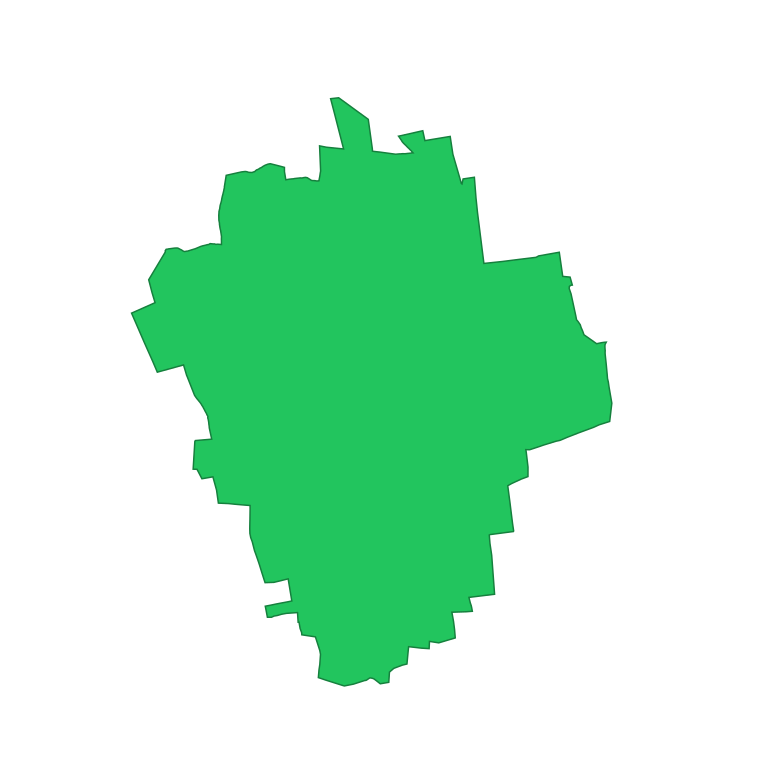 outline of Cenotillo, Yucatán, Mexico, rotated 165°
{"feature_id": "50627088B43968623050569", "entity_name": "Cenotillo", "entity_type": "district", "adm_level": 2, "iso_a3": "MEX", "parent_name": "Mexico", "parent_adm1": "Yucatán", "projection": "albers", "projection_center": [-88.565, 21.031], "detail": "fine", "context": "isolated", "style": "filled", "palette": "green", "viewbox_px": 768, "rotation_deg": 165, "n_neighbors": 0, "source": "geoboundaries", "source_scale": "gbopen_adm2", "svg_char_len": 4716}
<svg xmlns="http://www.w3.org/2000/svg" viewBox="0 0 768 768"><g transform="rotate(165 384 384)"><path d="M361.7,673.4L361.8,659.3L362.2,621.5L378.3,627.6L384.6,630.7L390.1,606.1L391.0,604.2L392.2,601.4L394.3,597.1L396.4,597.5L398.1,598.3L401.0,599.2L401.9,600.0L402.6,600.8L404.7,603.1L406.3,603.9L407.8,604.1L410.0,604.2L411.0,604.6L412.0,604.8L417.1,605.6L418.7,605.7L419.6,605.9L422.1,606.3L424.0,606.5L426.0,606.7L425.9,607.8L425.5,611.6L425.2,614.8L424.9,615.9L424.7,616.8L424.1,619.0L426.8,620.6L430.5,622.7L433.0,624.1L436.8,626.2L437.8,626.3L439.2,626.4L442.2,626.1L444.6,625.5L445.9,625.0L446.9,624.7L447.7,624.7L449.0,624.2L450.8,623.8L451.6,623.8L453.0,623.2L453.9,622.6L455.7,622.6L456.5,622.4L459.1,623.2L460.5,623.8L461.4,624.5L463.0,625.2L465.0,625.5L467.2,625.8L468.4,625.8L470.0,625.9L482.4,626.4L487.2,615.7L487.5,614.5L488.0,613.9L488.6,612.5L489.8,610.3L490.6,608.8L490.9,608.3L491.4,607.5L492.6,605.2L493.5,603.2L494.5,601.4L495.1,600.5L496.1,598.8L496.7,597.4L497.3,595.9L498.1,594.5L498.8,593.2L499.1,592.1L500.0,589.5L500.3,588.2L501.1,584.9L501.3,582.0L501.6,580.8L502.0,577.4L502.1,575.9L502.1,574.5L502.8,568.4L503.5,566.2L504.0,564.1L504.9,560.8L508.5,562.1L510.4,562.4L511.0,562.9L511.8,563.3L512.5,563.4L513.3,563.7L515.6,564.6L517.2,564.1L518.5,564.3L521.1,564.3L523.4,564.4L525.6,564.3L526.9,564.1L528.4,563.9L531.4,563.5L534.7,563.4L539.4,563.2L540.3,563.4L541.8,563.5L542.5,563.6L543.3,564.1L545.1,566.1L546.2,567.0L546.8,567.6L547.9,568.6L548.9,569.0L551.2,569.5L554.3,569.9L557.3,570.3L558.3,570.3L559.5,570.5L560.8,569.4L561.0,568.4L561.4,567.8L584.3,545.6L584.4,532.3L584.1,521.8L609.5,517.8L604.7,485.6L601.5,465.4L599.9,454.1L572.7,454.3L572.4,443.2L572.2,442.2L569.9,422.0L569.1,419.8L568.5,418.2L567.9,417.0L567.4,415.8L566.6,414.1L565.9,412.3L565.5,410.8L564.8,408.6L564.5,407.1L564.2,406.0L563.8,404.0L563.3,402.2L563.1,401.1L563.0,400.0L562.7,399.2L562.5,398.1L563.0,397.0L563.0,395.0L563.1,393.9L563.2,392.7L563.4,391.4L563.6,390.2L563.8,388.4L564.0,387.6L564.1,386.7L564.2,386.0L564.2,385.4L564.3,383.3L564.7,375.3L580.9,378.2L581.6,377.4L590.4,351.1L586.7,350.0L584.6,340.5L584.4,339.6L573.3,338.6L573.2,324.9L574.8,311.8L565.0,308.7L559.0,306.4L551.3,303.6L544.8,301.3L545.8,297.5L546.2,296.1L547.7,290.8L548.6,287.6L549.0,286.3L551.1,279.0L551.9,275.6L552.2,274.4L552.5,270.1L552.1,265.8L552.1,265.2L552.2,256.4L551.9,253.2L551.3,244.8L551.1,241.5L551.1,241.4L550.9,235.9L550.8,233.3L550.5,226.7L550.3,222.9L541.7,220.9L534.1,220.7L532.8,220.7L527.0,220.6L529.2,198.3L533.1,198.5L539.6,199.0L545.1,199.4L550.7,199.7L556.2,200.1L556.4,196.8L557.0,188.9L553.1,187.8L550.2,188.3L547.1,188.0L542.4,188.1L537.5,187.7L526.7,185.6L528.6,176.1L527.7,175.9L528.0,173.0L528.3,169.5L527.9,165.2L528.3,163.0L515.7,157.5L515.0,143.1L515.3,139.3L518.6,129.7L520.7,124.9L523.4,117.4L516.5,112.8L501.3,103.1L500.4,102.6L491.2,102.0L479.1,102.6L478.4,102.4L477.5,102.5L474.1,103.7L473.5,103.7L472.1,103.1L471.0,102.5L469.9,101.6L468.4,99.7L465.2,95.4L456.6,94.6L453.3,104.3L448.1,106.8L439.1,107.7L434.3,107.6L430.1,118.9L428.2,123.9L422.6,121.7L416.3,119.2L408.9,116.7L406.7,123.6L398.1,119.8L380.9,120.3L379.4,128.5L378.3,136.6L377.5,146.0L363.4,142.7L357.5,141.6L357.2,145.1L357.1,147.2L357.3,150.3L357.2,155.9L331.6,152.3L324.3,190.7L322.9,202.7L321.4,210.9L320.5,211.1L297.2,208.0L296.8,208.5L295.9,216.2L294.1,229.2L293.0,237.0L290.8,253.7L286.5,254.8L276.3,256.6L268.9,257.3L266.4,266.5L264.3,281.0L264.0,283.9L260.3,282.8L256.9,283.0L249.8,283.4L246.0,283.7L232.6,284.2L228.8,284.0L227.0,284.2L220.8,285.1L209.1,286.4L201.4,287.1L192.7,287.9L186.8,288.9L175.7,289.4L168.9,306.5L167.4,322.9L166.8,327.9L166.7,331.4L166.0,335.2L164.4,344.6L162.6,355.9L162.2,357.5L161.7,359.0L161.5,360.2L161.0,362.7L160.3,364.9L158.5,366.9L160.5,367.3L163.1,367.6L168.2,367.9L178.1,379.8L178.4,383.7L179.0,387.6L179.1,390.4L179.4,391.3L180.4,394.1L181.4,396.2L181.1,400.2L180.0,422.6L180.4,428.4L179.7,430.3L177.9,431.0L176.5,430.8L176.6,439.1L183.5,441.7L180.6,465.9L201.4,467.7L204.3,467.0L222.0,469.5L238.0,471.7L256.3,474.6L249.3,525.5L247.1,539.2L247.1,539.3L243.2,560.3L254.5,561.6L256.9,557.0L257.4,557.6L257.5,563.6L258.0,588.1L256.0,606.0L281.5,608.5L281.0,618.6L305.8,619.6L305.5,618.9L305.2,617.9L304.8,616.8L304.1,614.8L303.7,613.3L303.3,612.5L302.9,611.6L301.7,609.6L301.2,608.9L300.8,608.1L299.7,606.1L299.2,605.4L298.0,603.2L297.4,602.4L296.9,601.3L296.2,599.8L297.0,600.0L298.6,600.1L299.8,600.3L302.1,600.7L303.3,600.8L304.9,601.2L306.6,601.7L308.0,601.9L309.6,602.3L311.3,602.6L313.2,602.9L328.7,609.4L328.8,609.4L331.1,610.3L332.1,610.7L333.6,611.3L334.9,611.9L334.4,614.1L330.7,643.7L353.7,672.2L361.7,673.4Z" fill="#22c55e" stroke="#15803d" stroke-width="1.5"/></g></svg>